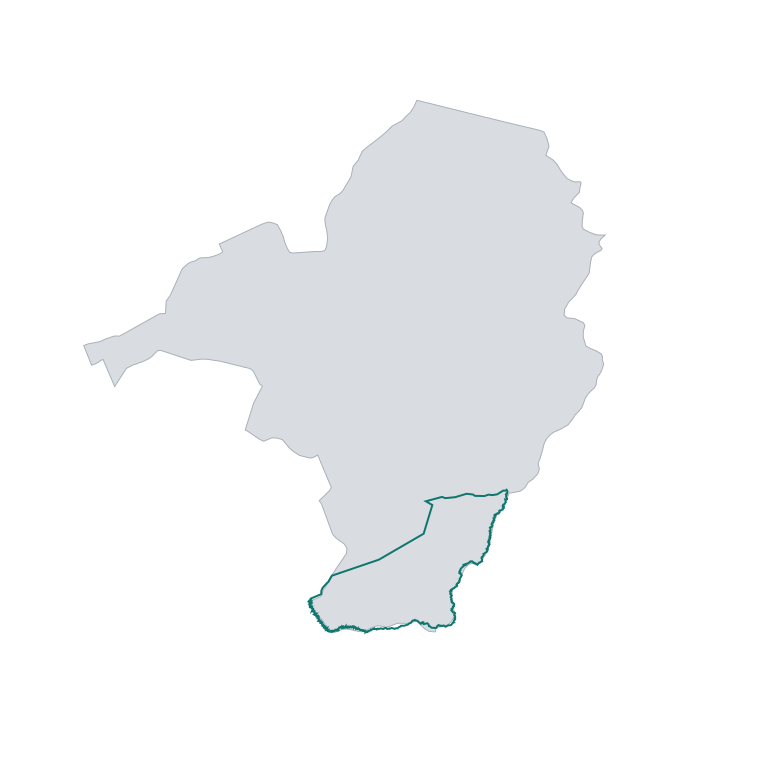 location of Raga, Western Bahr el Ghazal, South Sudan, rotated 247°
{"feature_id": "79223893B70929244954658", "entity_name": "Raga", "entity_type": "district", "adm_level": 2, "iso_a3": "SSD", "parent_name": "South Sudan", "parent_adm1": "Western Bahr el Ghazal", "projection": "equal_earth", "projection_center": [25.202, 8.544], "detail": "fine", "context": "in_parent", "style": "outline", "palette": "teal", "viewbox_px": 768, "rotation_deg": 247, "n_neighbors": 0, "source": "geoboundaries", "source_scale": "gbopen_adm2", "svg_char_len": 9828}
<svg xmlns="http://www.w3.org/2000/svg" viewBox="0 0 768 768"><g transform="rotate(247 384 384)"><path d="M574.8,601.8L556.7,626.4L555.4,627.9L553.2,629.8L545.8,629.9L538.2,628.7L531.2,622.3L524.1,627.2L519.6,628.8L516.9,629.4L510.5,630.2L501.6,632.8L497.6,636.1L495.4,638.7L493.6,643.5L492.7,644.0L491.1,643.4L488.8,641.5L484.0,638.7L481.6,632.6L479.4,628.9L477.6,627.0L470.0,633.1L466.4,634.5L463.4,634.3L457.9,630.9L451.8,628.0L448.7,628.0L444.1,631.7L438.8,637.1L436.0,642.5L434.7,645.8L432.9,640.8L431.1,637.7L428.5,636.5L423.5,637.7L422.2,636.0L422.0,631.8L421.2,627.9L419.9,625.0L416.0,622.1L405.9,616.2L398.1,604.4L394.2,598.9L391.3,595.4L387.3,586.1L382.7,579.8L377.1,576.8L373.4,578.3L369.6,585.1L362.5,591.5L359.2,591.7L355.0,588.3L349.7,585.8L340.2,584.7L336.3,587.7L331.2,592.7L326.9,595.6L324.2,595.9L321.7,594.7L318.8,594.1L316.4,594.0L311.3,589.5L308.7,586.2L306.9,583.1L304.0,580.9L300.7,579.1L298.3,576.3L297.1,572.8L295.2,568.3L292.7,564.2L285.0,556.9L282.7,552.6L281.1,548.3L277.9,543.7L274.5,537.5L273.4,528.4L273.3,521.1L272.5,517.7L271.1,514.3L269.4,511.4L266.7,508.2L260.4,503.5L253.9,498.1L250.8,494.9L244.9,493.7L241.3,490.6L238.3,483.8L237.1,478.3L234.1,474.1L232.8,471.0L232.1,467.4L234.5,456.6L231.0,452.8L225.9,447.8L222.2,442.4L220.0,437.4L213.4,430.8L199.0,421.0L190.7,414.7L186.2,409.0L182.2,403.5L181.8,401.3L184.4,395.8L184.8,391.2L182.7,386.2L174.1,376.8L167.2,366.4L162.0,363.2L149.5,360.3L146.0,359.2L142.2,357.2L138.5,352.6L137.3,347.0L139.1,338.2L137.9,335.5L135.8,334.8L136.4,333.0L138.8,328.7L142.6,325.9L153.0,321.5L153.5,319.9L153.7,314.4L154.6,311.7L158.1,304.0L158.6,301.0L158.8,294.5L159.3,291.5L160.3,289.3L163.1,285.5L164.1,283.2L164.5,278.2L164.2,268.4L165.7,264.5L172.2,255.6L173.9,251.6L174.5,248.0L174.4,244.4L174.8,240.8L176.8,237.4L178.4,236.3L183.2,235.2L186.5,235.9L209.2,229.8L211.9,230.6L213.1,234.2L213.0,240.0L213.4,242.8L214.6,244.8L218.2,247.5L220.7,252.1L222.1,253.8L225.7,257.0L242.7,283.3L247.5,285.8L252.2,284.9L261.4,279.4L266.0,278.0L298.2,279.6L301.8,278.7L302.0,278.9L307.0,292.1L309.3,295.1L344.7,295.2L344.0,291.5L344.5,287.3L350.6,279.2L351.5,278.2L357.0,274.4L362.3,271.8L372.5,268.8L376.3,264.0L378.3,259.6L378.3,251.0L379.7,249.6L382.1,247.6L393.9,240.0L395.9,238.3L417.0,256.2L428.8,270.3L429.5,271.0L430.1,271.3L430.8,270.8L431.3,270.1L432.7,269.5L437.7,269.3L447.2,268.6L450.4,266.9L469.3,241.7L474.1,233.7L475.3,232.0L478.0,226.3L480.9,216.4L481.4,215.3L502.1,191.7L502.9,189.9L503.1,188.4L499.8,180.4L499.1,176.4L498.9,170.2L499.5,160.5L499.2,154.4L498.9,152.8L498.7,152.5L486.9,135.1L516.4,135.0L516.4,132.8L516.3,132.1L515.7,130.0L515.4,127.2L515.4,125.7L515.5,124.3L515.5,123.5L515.4,122.8L515.4,122.5L515.6,122.2L536.7,122.6L536.5,127.5L534.0,139.0L534.2,145.9L533.6,153.8L532.9,156.2L531.9,158.1L531.5,159.0L531.5,159.9L536.3,204.1L536.0,206.0L534.9,208.7L534.6,209.6L534.5,210.3L535.0,210.8L544.8,215.6L545.3,215.9L545.7,216.3L549.2,222.0L568.6,243.0L569.3,244.1L571.4,250.7L571.6,251.7L571.7,253.3L571.6,254.5L571.2,258.5L571.4,260.2L571.7,261.4L572.0,262.8L572.0,263.2L571.8,264.2L569.0,271.8L568.2,277.2L567.9,281.8L568.1,284.5L568.5,286.2L568.7,286.8L569.0,287.1L577.3,287.1L577.3,289.6L578.7,329.6L578.8,334.2L578.5,339.8L577.6,342.0L575.2,345.2L572.3,348.1L564.8,348.8L558.6,348.8L554.1,348.1L548.1,347.9L542.4,348.5L540.3,350.9L532.9,372.3L530.6,377.6L530.0,380.7L530.7,382.6L533.7,385.3L540.2,389.1L547.6,391.3L553.2,392.2L556.9,393.3L559.8,394.4L570.4,404.1L573.8,408.6L575.8,412.6L576.2,416.9L577.8,421.2L587.5,434.5L596.6,440.8L600.2,447.9L603.6,451.4L606.8,455.1L608.6,460.7L612.7,476.7L615.4,485.2L618.2,492.1L619.3,503.3L621.5,508.3L623.8,514.4L627.5,520.0L631.5,524.2L632.2,525.3L592.8,577.7L574.8,601.8Z" fill="#d9dde1" stroke="#a8b0b8" stroke-width="1"/><path d="M230.7,362.0L224.3,310.6L227.9,261.2L223.4,255.2L223.3,254.2L220.4,247.9L218.2,245.6L215.1,244.1L215.1,231.9L214.8,232.7L214.4,232.1L213.7,232.4L214.0,231.0L213.6,230.3L213.5,230.8L213.3,230.6L213.2,230.9L213.1,230.6L212.1,230.9L212.2,231.3L212.0,231.5L211.9,230.9L211.7,231.1L211.8,230.4L211.2,230.7L211.4,230.3L211.0,229.6L210.8,230.0L210.2,229.6L210.2,230.3L209.7,229.3L209.4,229.2L209.7,229.6L209.2,230.1L209.2,229.8L208.7,229.8L208.5,229.1L208.5,229.6L207.7,229.9L207.9,229.4L207.6,229.4L207.7,228.8L207.5,228.7L207.2,229.7L207.1,229.4L206.3,230.3L205.9,229.8L204.9,230.4L204.6,230.2L204.5,230.9L203.5,230.4L203.5,229.4L203.2,229.1L203.3,229.5L202.8,229.5L202.9,229.9L202.6,230.0L202.8,230.7L202.3,231.1L202.0,230.6L201.0,230.9L200.7,230.6L199.8,231.2L199.6,230.6L199.2,231.6L199.0,230.7L198.7,231.3L198.3,230.6L197.7,231.9L197.7,231.4L197.2,231.1L196.9,231.8L196.3,231.3L196.0,232.5L194.8,231.6L194.8,232.7L193.7,232.3L193.5,231.2L193.2,232.1L192.3,231.5L192.2,232.2L191.7,232.1L191.4,232.6L191.1,231.6L190.5,232.8L190.0,232.8L190.3,232.6L190.1,232.1L189.4,232.3L189.3,232.8L188.8,232.3L188.4,233.1L188.0,233.1L188.1,233.8L187.2,233.4L187.2,233.7L186.6,233.7L186.1,233.4L185.9,235.0L185.9,234.6L185.1,234.3L184.8,234.9L184.9,234.3L184.3,234.4L184.5,233.7L184.0,234.1L183.9,233.6L183.3,233.4L183.1,233.7L183.2,234.3L182.9,234.0L182.5,234.7L182.5,234.1L182.2,234.1L182.3,235.0L181.8,234.8L181.8,235.9L181.3,235.2L180.9,235.8L180.1,234.8L180.0,235.3L179.4,235.5L179.3,236.8L178.3,235.9L177.5,236.8L177.5,238.4L177.0,238.3L176.9,238.8L176.6,238.8L176.8,239.3L176.3,239.5L176.5,240.1L176.4,240.7L176.7,240.8L176.0,241.7L176.4,242.4L176.1,242.4L176.2,243.0L175.7,243.7L176.3,244.1L175.2,245.1L175.7,245.6L175.5,245.9L176.4,245.9L176.3,246.3L177.1,247.3L176.9,248.1L177.3,248.1L177.0,249.0L177.3,249.8L177.0,249.7L177.0,250.2L176.7,249.9L176.5,250.5L176.2,250.0L175.9,250.0L176.3,251.4L175.4,251.3L175.2,251.8L175.5,252.2L175.2,252.8L175.7,252.7L175.4,253.4L175.9,253.0L175.7,253.3L176.0,253.9L175.4,253.6L175.4,254.3L174.8,254.2L174.8,254.8L174.4,254.8L174.3,255.9L174.8,256.3L174.6,256.8L174.2,256.9L173.8,256.5L173.8,257.1L173.5,256.8L173.2,257.4L173.3,258.7L172.7,259.1L172.9,259.4L172.5,260.6L173.1,260.7L172.9,261.1L172.0,260.8L171.8,260.9L171.9,261.1L171.6,261.0L171.9,261.5L171.3,261.5L171.3,262.6L170.5,262.6L170.6,263.0L169.7,263.3L170.0,263.8L169.5,263.3L169.5,263.6L169.0,264.0L169.2,264.4L168.5,264.2L168.1,264.9L168.4,264.9L168.3,265.3L168.0,265.1L167.5,265.8L166.8,265.9L166.2,267.7L165.8,268.2L165.2,268.0L165.2,268.9L164.6,269.0L164.5,269.8L164.0,269.5L163.5,270.4L162.8,270.0L163.0,270.7L162.2,271.3L162.3,272.4L162.7,272.7L162.4,273.2L162.7,273.6L162.4,275.5L162.9,275.7L163.1,276.2L162.7,276.7L162.9,279.4L162.3,279.3L161.5,281.2L161.2,281.2L161.3,282.1L161.1,282.1L161.3,282.7L160.5,283.4L160.4,285.3L158.9,287.4L159.0,287.7L158.8,288.3L159.0,288.7L158.9,290.0L158.5,290.6L157.6,290.9L157.1,291.7L157.0,293.2L156.5,293.5L156.4,295.8L154.5,298.0L154.4,299.7L153.8,301.0L154.4,303.1L154.3,304.5L154.8,305.2L153.6,308.1L153.2,312.1L153.7,313.1L153.7,315.6L154.9,317.5L154.8,320.2L154.2,320.3L153.3,322.0L148.9,324.2L149.6,325.5L149.6,326.7L149.3,327.1L149.0,326.9L148.6,326.2L147.4,326.8L146.9,330.3L145.4,331.1L143.6,330.7L143.0,331.6L141.4,332.3L140.9,332.9L139.2,336.3L139.2,337.1L140.2,338.1L140.8,340.1L139.6,340.9L139.4,341.9L138.9,342.0L138.8,342.6L138.5,343.0L138.4,344.5L137.8,345.2L136.6,345.7L136.7,349.2L136.0,350.7L136.0,351.8L137.3,354.3L137.2,355.1L137.6,354.9L138.7,355.7L139.5,357.4L140.2,357.2L140.7,357.9L140.9,357.7L141.4,358.3L142.7,358.8L143.6,358.4L144.3,358.6L145.1,359.9L146.2,359.6L146.7,358.4L148.1,357.9L149.2,358.4L149.6,357.8L150.1,358.4L150.7,358.4L151.2,360.3L152.1,360.5L152.1,361.5L152.8,361.6L153.2,362.3L153.7,362.1L154.4,362.6L155.7,362.0L156.3,361.2L157.2,361.7L157.5,361.2L158.3,361.6L159.3,361.5L159.7,362.2L160.3,362.4L161.8,362.1L162.4,362.6L162.7,363.7L163.6,363.4L164.3,363.7L165.0,363.0L165.6,363.6L166.4,363.7L166.8,364.4L167.5,364.0L167.8,365.5L168.2,366.1L168.5,365.9L168.8,367.8L168.6,368.8L169.3,370.1L169.4,372.0L169.7,372.5L171.2,372.5L171.8,373.7L171.7,374.4L172.0,374.6L172.1,375.7L173.2,376.7L173.7,376.6L174.2,377.3L174.9,377.4L177.4,380.8L178.6,380.7L178.7,380.3L179.4,380.1L180.0,380.4L180.3,379.9L180.6,380.4L181.6,379.9L182.5,381.0L182.7,381.8L183.6,381.9L184.4,383.4L185.2,385.9L185.6,386.1L185.6,387.0L186.0,386.3L186.5,386.4L186.2,392.0L187.0,394.1L186.4,394.5L186.5,395.7L184.9,396.6L184.3,396.4L183.8,396.8L183.8,397.5L183.3,397.5L182.8,398.3L182.0,398.4L181.7,399.4L181.2,399.5L182.5,402.0L182.1,403.0L182.6,404.2L182.5,405.1L183.5,405.2L184.4,405.9L185.7,405.7L186.5,406.4L186.4,407.0L187.6,408.9L188.8,409.2L188.7,410.1L189.1,411.2L189.1,412.2L189.6,412.8L189.5,413.5L191.2,414.8L191.5,413.9L192.1,413.9L192.3,414.8L193.3,416.0L194.0,416.3L194.1,417.4L194.9,417.7L195.2,418.4L195.8,418.2L196.4,418.8L196.8,418.2L197.9,418.1L198.2,419.2L199.1,419.2L199.3,420.2L199.8,420.5L200.0,420.1L200.4,420.6L200.5,421.4L201.0,421.8L201.5,421.3L202.1,422.0L202.7,421.8L203.1,422.9L205.1,423.0L205.8,424.2L207.4,423.7L207.7,424.9L209.5,425.5L210.3,425.3L210.7,426.0L210.3,427.2L211.1,428.3L211.8,428.4L212.5,428.1L213.5,428.8L214.2,429.7L213.9,430.4L214.0,430.7L215.4,431.2L215.5,432.2L217.4,432.3L217.7,432.4L217.7,433.5L218.1,434.0L218.8,434.0L219.3,434.9L219.6,434.4L220.0,434.3L220.3,434.6L220.5,435.6L220.2,436.6L220.7,437.9L220.0,438.6L220.0,439.1L220.4,439.5L221.1,439.3L220.8,439.5L220.9,440.3L222.2,440.5L222.4,440.9L222.0,441.6L222.0,443.4L222.1,444.3L222.7,444.6L223.1,445.9L223.9,445.7L224.2,446.1L224.7,445.4L226.0,446.0L226.3,446.6L226.0,447.1L226.1,447.8L226.7,448.1L227.5,449.9L230.2,450.4L229.8,450.8L229.8,452.2L230.3,452.5L231.9,452.2L233.1,452.6L233.6,453.2L234.5,453.1L234.5,453.8L235.4,454.0L235.6,454.9L236.9,455.7L238.7,455.5L238.3,454.3L239.3,452.1L238.2,445.1L239.4,440.3L241.3,437.0L241.6,432.7L245.5,424.0L247.6,422.6L250.7,417.1L252.0,405.3L255.0,395.8L257.4,393.3L259.7,376.7L253.7,381.2L230.7,362.0Z" fill="none" stroke="#0f766e" stroke-width="2"/></g></svg>